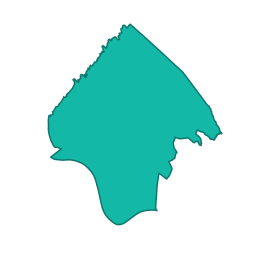 the district of Phra Samut Chedi, Samut Prakan, Thailand, rotated 140°
{"feature_id": "78962969B59575898831596", "entity_name": "Phra Samut Chedi", "entity_type": "district", "adm_level": 2, "iso_a3": "THA", "parent_name": "Thailand", "parent_adm1": "Samut Prakan", "projection": "equal_earth", "projection_center": [100.494, 13.559], "detail": "fine", "context": "isolated", "style": "filled", "palette": "teal", "viewbox_px": 256, "rotation_deg": 140, "n_neighbors": 0, "source": "geoboundaries", "source_scale": "gbopen_adm2", "svg_char_len": 5646}
<svg xmlns="http://www.w3.org/2000/svg" viewBox="0 0 256 256"><g transform="rotate(140 128 128)"><path d="M59.6,206.0L61.3,206.1L63.2,205.5L63.5,205.2L64.4,205.3L64.5,208.3L64.7,209.0L65.4,209.6L66.3,209.7L66.7,209.6L67.1,208.9L67.9,208.4L68.4,208.3L69.4,208.5L70.1,208.1L71.1,205.7L71.6,205.0L72.0,205.1L73.4,205.9L74.1,206.0L74.2,205.8L74.3,205.0L74.5,204.5L74.7,204.4L74.9,204.3L75.4,204.3L75.8,204.7L76.0,204.8L76.9,204.3L77.2,202.1L77.4,201.6L77.7,201.6L78.8,201.9L78.9,202.2L79.1,203.1L79.0,205.4L79.3,206.1L79.7,206.3L82.3,206.7L83.3,206.6L84.5,205.7L85.0,205.8L85.1,206.0L85.0,207.5L85.1,207.9L85.4,208.0L85.9,208.1L86.6,207.9L87.0,207.7L87.3,206.9L87.8,206.5L89.5,206.1L89.7,205.8L89.9,205.4L90.4,204.9L91.2,204.4L92.2,204.2L92.4,204.0L92.5,203.4L92.8,203.2L93.4,203.1L93.5,203.3L93.8,204.4L94.0,206.3L94.2,206.9L94.5,207.2L95.0,207.2L95.6,206.9L96.0,205.3L97.0,203.6L97.3,202.8L97.3,202.1L97.3,201.9L97.4,201.7L97.6,201.7L97.7,201.9L98.1,202.1L98.4,202.1L98.7,203.1L99.4,203.0L99.7,202.6L100.3,202.6L100.5,202.1L100.9,201.9L101.2,202.0L101.7,202.8L102.1,202.8L102.3,202.3L102.5,201.4L103.4,201.1L104.9,200.9L106.1,200.9L106.3,200.5L106.4,200.4L106.7,200.6L106.9,200.6L107.0,200.4L107.1,199.7L107.6,199.6L107.9,200.1L108.1,200.0L109.3,199.0L110.0,199.0L110.8,199.8L111.2,200.0L112.9,199.3L114.1,199.1L114.5,198.6L115.0,198.5L115.4,198.8L115.8,198.8L116.2,199.1L116.4,199.3L116.4,200.0L116.6,200.1L116.7,199.6L116.9,199.4L118.6,199.4L119.2,198.7L119.5,198.0L119.9,198.0L120.1,198.1L120.3,198.4L120.3,199.0L120.4,199.3L121.5,198.3L123.2,198.1L124.0,197.8L124.5,197.5L125.0,197.0L125.2,195.2L125.4,194.7L125.7,194.7L126.2,196.5L126.6,196.7L127.0,196.7L127.2,194.2L127.2,193.9L127.3,193.8L127.9,193.8L128.6,198.0L128.8,198.4L129.4,198.8L130.0,199.0L130.4,199.0L130.6,198.7L131.9,197.4L132.1,196.8L132.4,196.6L133.1,196.6L134.0,196.2L135.1,196.4L135.2,196.8L135.6,197.0L135.7,196.9L135.6,196.1L135.8,195.2L136.2,195.0L136.6,195.0L137.1,195.7L137.3,196.5L137.5,197.8L137.4,199.9L137.5,200.0L138.0,200.3L138.5,200.3L139.1,200.2L139.0,199.6L139.4,197.9L139.9,196.9L140.7,196.4L140.9,195.9L142.1,195.3L143.6,194.8L144.8,194.1L145.8,193.9L148.3,193.6L149.3,193.3L151.1,193.2L152.4,193.2L154.0,192.9L154.2,192.7L154.2,191.9L154.4,191.7L156.0,191.8L156.8,192.4L157.0,192.8L157.1,193.1L157.4,192.9L157.9,192.6L162.2,191.0L163.3,190.8L164.8,190.8L166.0,190.3L166.4,190.0L167.1,189.8L168.3,189.8L168.9,190.1L169.3,190.5L169.6,190.5L170.6,190.2L172.7,189.3L174.0,188.8L175.1,188.8L175.5,188.9L175.7,187.9L176.0,187.2L176.5,186.9L177.0,186.9L177.4,186.7L178.3,187.0L178.6,187.5L179.1,187.6L180.1,187.1L180.2,187.4L180.2,188.2L180.4,188.3L182.0,187.1L184.1,185.1L184.7,184.4L186.0,182.6L190.3,177.6L192.2,174.3L193.0,172.9L195.1,167.8L196.5,162.0L196.4,160.7L196.1,159.9L195.9,159.7L194.7,159.1L194.1,157.5L193.8,157.2L193.4,156.5L193.3,155.8L192.8,154.9L205.8,155.3L205.2,152.9L204.2,151.0L199.1,145.7L192.9,141.0L189.9,137.4L188.4,135.1L187.6,133.8L186.6,131.9L186.0,130.5L185.4,128.9L184.7,126.2L184.3,122.1L184.2,119.2L184.3,117.0L184.5,115.3L185.0,112.7L185.9,110.0L187.3,106.8L190.7,99.4L196.6,88.3L198.2,85.0L199.4,82.3L200.3,79.5L200.8,77.2L201.1,74.8L201.1,73.0L201.0,70.6L200.6,67.7L200.0,65.0L199.6,63.4L198.9,62.0L198.3,61.1L197.7,60.4L196.3,59.3L194.7,58.4L192.6,57.7L190.3,57.4L177.3,56.6L173.6,55.9L171.0,55.1L168.6,54.0L166.1,52.5L164.1,51.1L162.5,49.9L161.1,48.6L159.0,46.3L158.2,49.2L157.9,49.5L157.0,50.2L156.4,51.0L154.8,52.6L154.6,53.0L153.9,53.6L153.7,54.0L153.3,54.2L153.2,54.6L152.5,55.1L152.3,55.5L151.9,55.5L151.8,56.1L151.5,56.2L151.0,56.7L150.8,56.7L150.5,57.1L149.3,58.2L147.6,60.1L147.3,60.4L147.0,60.8L146.7,60.9L146.5,61.5L145.7,61.9L145.0,62.9L144.4,63.4L144.2,63.7L143.6,64.3L143.3,64.4L143.1,64.8L142.5,65.3L142.2,65.8L141.9,65.9L141.7,66.3L141.3,66.4L141.1,66.7L140.8,66.9L138.6,68.9L138.1,69.3L133.5,73.3L133.2,73.0L131.2,64.1L130.3,64.4L127.2,64.8L126.6,65.1L124.0,66.4L122.9,67.0L120.7,68.2L119.8,70.2L118.5,75.6L118.4,76.0L114.6,74.9L114.0,75.2L113.6,75.2L112.8,74.8L112.3,75.0L111.6,74.9L111.0,75.1L109.7,76.5L109.1,76.7L108.5,77.2L107.5,77.6L107.2,78.0L106.4,77.7L105.9,79.1L105.9,80.4L105.7,81.7L105.8,82.4L105.7,82.7L105.2,83.9L104.5,84.8L103.4,86.9L102.6,87.9L101.3,88.6L100.6,88.4L100.2,89.2L98.8,89.6L98.5,90.1L97.8,90.7L97.4,90.1L97.1,89.3L96.6,88.6L96.1,87.6L95.0,86.1L94.7,86.0L94.2,85.9L93.2,85.0L90.6,83.4L89.9,82.7L88.6,82.0L88.3,81.7L88.0,81.0L88.0,79.8L87.4,76.8L87.2,75.0L87.0,74.4L86.6,74.1L85.5,74.2L84.9,74.1L83.5,73.0L83.2,72.6L83.2,72.3L83.3,71.9L84.1,69.2L83.9,68.6L83.2,67.7L82.7,68.5L81.6,68.9L81.0,70.2L80.3,71.2L79.3,73.0L79.2,73.7L79.2,75.8L79.9,80.1L75.9,81.8L75.7,81.6L75.5,80.3L75.0,79.0L74.4,78.0L73.8,77.4L73.0,75.9L72.9,74.6L73.2,74.1L73.2,73.7L73.0,72.8L72.2,71.3L72.1,70.3L71.8,69.4L71.9,67.7L72.1,66.9L72.0,66.4L71.9,66.3L71.5,66.5L71.3,66.4L70.9,65.4L70.3,64.7L70.2,64.0L70.0,63.7L69.6,63.4L69.1,63.4L68.2,63.9L67.5,64.8L67.0,64.8L66.1,64.4L65.4,65.0L64.6,65.0L64.3,65.1L64.0,65.6L63.5,65.7L63.1,65.3L62.1,64.9L61.8,64.9L61.7,64.7L60.9,64.8L60.5,64.8L60.5,64.7L60.5,64.4L60.3,64.0L60.0,64.0L60.0,63.5L59.8,63.5L59.5,64.4L59.7,65.5L59.6,66.2L59.2,67.6L58.5,68.6L58.2,69.5L58.0,71.2L58.0,73.5L58.0,74.0L57.2,75.3L56.8,76.3L56.9,77.4L56.7,79.2L56.0,80.6L55.7,81.9L55.2,82.2L55.0,82.6L55.0,82.8L55.1,83.8L54.9,84.5L54.7,84.9L54.3,85.3L54.0,86.1L53.5,86.5L53.3,87.0L53.3,87.9L53.2,88.3L53.1,88.6L52.5,89.2L52.3,89.5L52.5,90.5L52.1,92.0L52.0,92.4L52.2,93.6L52.5,94.6L52.5,95.2L51.7,106.5L51.1,117.8L51.0,119.7L50.7,124.3L50.2,135.4L50.2,136.1L50.9,141.8L51.3,144.1L51.8,148.4L53.4,161.4L57.3,190.6L57.6,191.9L59.6,206.0Z" fill="#14b8a6" stroke="#0f766e" stroke-width="1.5"/></g></svg>